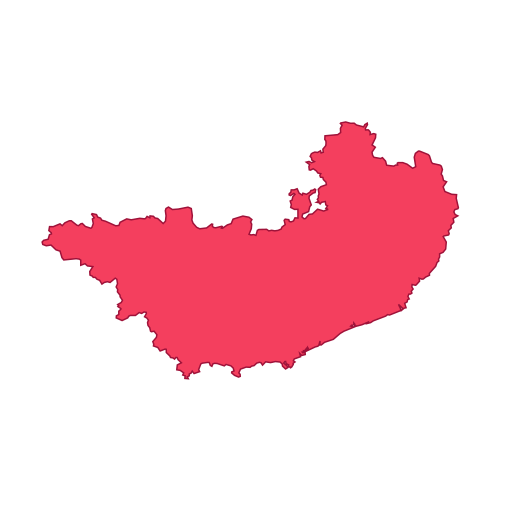 an SVG outline of Karnataka, rotated 260°
{"feature_id": "IND-2446", "entity_name": "Karnataka", "entity_type": "State", "adm_level": 1, "iso_a3": "IND", "parent_name": "India", "parent_adm1": "", "projection": "natural_earth1", "projection_center": [76.378, 15.043], "detail": "fine", "context": "isolated", "style": "filled", "palette": "rose", "viewbox_px": 512, "rotation_deg": 260, "n_neighbors": 0, "source": "natural_earth", "source_scale": "10m", "svg_char_len": 6128}
<svg xmlns="http://www.w3.org/2000/svg" viewBox="0 0 512 512"><g transform="rotate(260 256 256)"><path d="M179.0,394.8L178.9,392.9L177.5,390.4L179.3,391.2L183.6,387.9L178.9,389.2L177.1,388.9L174.7,377.3L175.4,375.4L174.3,373.3L171.8,360.3L170.5,357.3L170.1,352.0L170.7,355.2L171.5,355.3L169.9,348.4L169.4,342.0L169.9,342.1L170.1,341.1L171.6,341.5L173.0,340.7L171.8,340.5L170.5,338.7L171.2,338.2L170.5,337.1L169.0,340.3L166.7,329.6L165.1,325.4L160.5,317.7L159.1,308.5L157.1,304.9L157.3,303.5L161.2,304.3L157.0,302.3L156.4,301.2L156.2,298.6L153.1,287.3L155.0,291.4L156.0,291.4L155.6,290.3L157.0,290.6L154.2,287.3L154.5,286.4L153.4,286.4L153.4,284.8L152.6,285.2L152.4,287.6L150.4,287.4L150.1,283.8L152.4,282.2L149.1,282.4L148.0,275.8L146.3,274.6L144.9,276.0L143.9,273.9L142.8,273.9L140.6,272.0L139.6,270.1L140.5,270.7L141.5,268.5L143.1,269.3L144.8,267.0L147.0,266.9L147.1,266.2L145.7,264.7L142.2,267.6L140.6,268.0L139.6,265.5L142.9,263.0L145.1,263.0L147.4,261.3L148.7,256.7L148.5,251.8L150.1,247.1L147.4,243.5L150.0,242.4L150.7,241.0L150.4,238.1L148.4,235.1L148.3,232.5L147.4,230.9L148.3,227.0L147.3,221.1L143.9,218.8L142.3,219.8L140.2,219.6L139.8,217.8L142.2,214.1L145.1,211.7L146.1,212.0L146.6,214.4L149.6,214.1L152.2,212.2L154.4,207.7L153.3,205.7L156.9,199.1L157.5,196.5L157.3,194.9L155.0,193.4L156.2,192.0L159.2,191.5L159.6,189.8L159.8,184.4L159.3,182.9L154.1,179.8L151.9,180.4L151.0,174.6L153.7,173.2L151.9,171.7L151.4,169.8L149.6,169.5L149.0,167.4L146.9,168.0L147.8,164.7L150.3,165.4L151.5,163.2L153.5,164.5L156.5,161.5L157.7,158.2L162.4,159.6L163.8,164.0L167.4,161.3L169.7,160.7L170.0,159.5L168.6,157.9L170.0,156.6L170.9,154.2L172.5,153.8L176.5,150.9L179.7,151.4L180.1,150.3L179.1,145.1L183.0,143.4L185.2,139.4L187.0,140.0L189.6,139.5L193.2,143.8L195.7,144.7L199.6,142.6L199.6,139.8L200.3,139.1L203.9,138.9L206.3,137.6L209.2,137.6L211.5,138.9L213.9,137.7L215.5,135.7L218.3,138.0L219.6,138.1L220.3,136.0L219.3,133.4L220.6,131.1L218.4,127.0L219.3,121.9L218.8,120.2L217.3,118.9L215.7,112.9L219.3,107.6L221.3,108.1L222.2,110.7L225.5,111.3L227.0,113.6L227.7,113.8L230.2,111.2L230.9,112.1L232.2,111.3L233.6,115.2L235.6,116.8L239.4,115.1L241.0,115.3L244.8,113.3L247.0,114.0L249.8,112.9L252.7,114.8L257.2,114.9L258.6,113.5L255.3,107.7L256.5,105.2L256.3,102.0L255.1,99.4L259.2,97.8L260.8,95.3L262.8,94.1L263.2,92.0L264.7,91.2L266.0,89.2L269.6,89.6L273.9,93.5L275.5,88.3L278.1,86.3L277.3,81.8L282.4,82.7L283.6,81.5L284.6,78.4L285.5,66.0L288.1,64.6L294.8,63.9L296.8,60.1L302.4,56.0L302.5,51.2L304.4,48.0L306.9,47.8L308.3,49.6L308.6,54.2L312.8,56.3L313.3,58.4L314.5,58.4L317.0,56.4L320.8,57.8L320.1,61.4L321.7,68.6L319.5,70.4L321.9,73.6L323.1,78.2L322.8,80.2L317.4,85.0L316.7,86.5L318.2,89.2L318.2,90.6L314.7,93.1L312.0,98.2L312.6,99.3L316.2,101.4L320.9,101.3L321.7,103.3L325.6,101.4L326.2,102.0L324.5,106.1L321.8,106.9L320.3,109.5L318.0,110.4L316.4,113.8L310.1,123.1L309.9,126.3L312.8,128.0L315.0,135.1L313.3,139.4L313.3,148.1L312.0,152.6L312.1,153.7L313.9,155.6L312.1,158.1L313.9,158.6L312.9,161.9L311.0,163.1L310.0,165.7L304.1,170.2L306.0,172.9L311.2,174.4L316.4,174.6L318.4,175.6L319.4,178.3L316.3,181.7L315.7,187.6L315.9,197.5L314.0,200.5L306.7,200.3L302.6,199.1L299.3,199.7L294.6,202.5L292.6,205.3L292.2,212.2L295.2,217.9L294.8,218.8L292.8,218.2L291.4,219.3L290.8,221.2L291.2,227.4L290.9,227.9L289.4,226.8L289.1,227.8L291.6,233.2L292.2,237.2L296.3,239.8L297.6,250.0L295.4,255.8L292.6,258.3L290.5,256.6L288.1,257.3L283.7,256.1L278.6,252.9L277.6,254.7L277.5,257.5L276.3,259.5L281.0,261.8L281.6,263.4L280.4,271.1L278.5,273.0L278.6,275.8L277.5,278.9L277.4,282.2L278.2,285.5L280.0,286.6L281.8,290.2L286.2,289.9L287.2,291.1L286.1,294.6L284.3,294.8L283.5,296.3L284.0,299.0L286.8,301.0L286.1,303.9L294.7,305.4L295.2,302.0L297.8,298.6L300.5,299.7L304.2,299.2L304.8,301.2L307.9,302.5L310.0,305.1L311.1,304.2L309.5,300.5L310.4,299.2L311.7,299.6L312.6,301.3L315.0,302.2L314.5,305.0L315.1,308.2L310.4,309.4L308.0,312.1L309.7,313.1L308.0,316.4L309.4,320.0L311.0,321.5L311.0,323.6L311.8,325.5L311.0,326.3L308.2,325.2L308.1,323.3L305.9,318.9L303.6,318.2L296.7,319.3L295.2,317.5L290.6,315.5L289.2,309.2L286.5,308.1L284.4,309.7L284.3,311.2L287.8,315.5L287.6,318.9L291.4,324.8L288.5,330.5L289.3,334.6L289.9,334.6L290.6,333.0L293.0,335.2L294.2,333.6L297.6,333.7L297.5,329.9L296.1,328.2L297.4,327.5L298.4,325.0L299.0,327.2L301.1,326.2L302.4,327.6L304.3,327.7L306.1,328.8L310.9,328.9L313.0,331.9L314.0,337.7L316.6,337.7L319.6,335.6L321.7,335.5L322.4,333.2L324.3,332.9L325.8,334.1L327.0,331.3L329.2,330.3L332.0,327.5L331.1,324.6L331.6,323.4L334.9,323.6L336.7,324.7L339.7,321.8L339.9,324.6L338.2,326.9L338.8,329.9L340.9,327.6L343.1,327.7L344.7,326.6L347.1,328.3L347.7,329.9L348.1,332.0L347.3,334.6L348.4,337.8L346.2,338.0L346.5,340.3L349.6,340.4L352.6,343.9L355.1,344.6L357.2,344.8L358.8,344.0L362.4,344.8L361.3,357.6L362.9,360.8L367.0,361.3L369.9,363.5L371.9,362.1L372.3,362.6L372.4,367.6L370.3,372.1L369.7,375.8L367.6,377.6L364.5,384.4L366.5,386.0L367.5,388.6L366.0,388.6L362.8,385.9L361.1,385.8L360.8,388.4L360.1,389.0L358.0,390.1L355.8,389.4L356.1,393.2L355.1,395.1L351.6,394.2L345.2,389.6L342.4,392.4L338.1,388.3L335.0,388.3L332.7,389.3L330.4,395.6L330.9,397.6L326.9,400.1L322.7,400.4L320.6,407.3L321.3,409.3L321.0,411.3L322.8,411.2L323.3,412.1L322.5,416.7L320.2,420.7L315.2,425.5L316.2,428.8L325.8,429.0L329.4,430.8L331.1,434.1L330.9,435.3L326.0,443.2L324.5,444.2L318.0,445.1L316.5,445.9L313.6,452.9L312.3,454.1L308.7,454.6L304.5,452.6L302.5,453.5L297.8,453.8L296.0,456.6L291.6,452.3L286.7,453.2L282.8,459.4L281.6,464.2L278.0,463.2L268.4,463.7L267.5,463.0L267.2,459.9L265.1,458.5L262.3,459.3L260.5,461.7L258.7,456.7L254.9,456.7L252.3,453.2L249.8,453.2L247.5,449.8L244.4,450.1L243.3,449.3L243.1,444.5L242.6,443.7L236.7,445.8L229.9,444.0L227.1,440.8L226.3,437.2L223.2,436.7L221.2,435.2L219.4,435.2L218.2,433.2L214.6,431.1L208.8,423.7L206.9,423.5L205.8,419.4L204.3,416.8L204.4,415.3L205.8,412.8L202.8,412.7L199.7,408.7L199.5,407.9L200.8,404.8L198.4,404.1L196.2,405.0L194.4,402.8L192.4,403.1L191.7,401.6L191.9,399.9L189.8,398.6L187.1,399.4L186.8,397.8L184.5,396.8L183.6,394.2L179.0,394.8Z" fill="#f43f5e" stroke="#9f1239" stroke-width="1.5"/></g></svg>